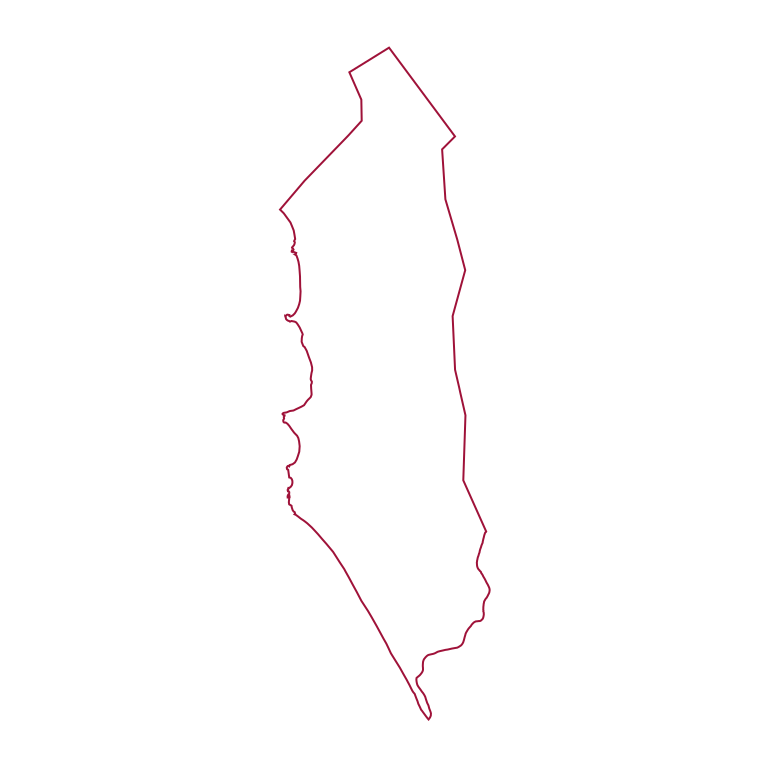 Municipality E, Montevideo, Uruguay, rotated 89°
{"feature_id": "84410073B72296027070885", "entity_name": "Municipality E", "entity_type": "district", "adm_level": 2, "iso_a3": "URY", "parent_name": "Uruguay", "parent_adm1": "Montevideo", "projection": "robinson", "projection_center": [-56.066, -34.884], "detail": "fine", "context": "isolated", "style": "outline", "palette": "rose", "viewbox_px": 768, "rotation_deg": 89, "n_neighbors": 0, "source": "geoboundaries", "source_scale": "gbopen_adm2", "svg_char_len": 5537}
<svg xmlns="http://www.w3.org/2000/svg" viewBox="0 0 768 768"><g transform="rotate(89 384 384)"><path d="M533.3,284.4L481.7,306.4L416.7,303.1L393.9,307.9L388.8,308.9L371.0,312.7L317.3,314.2L271.6,300.8L241.0,308.2L200.4,319.4L150.4,321.8L137.7,308.7L47.8,373.1L54.5,384.3L71.7,413.2L99.3,401.7L120.4,401.7L134.9,415.3L179.3,459.8L207.8,484.9L208.5,484.2L211.6,481.2L215.9,478.2L220.9,474.7L225.2,473.0L228.9,471.6L233.2,470.9L237.5,470.3L238.2,470.7L239.6,471.4L240.1,471.0L240.7,470.7L242.3,471.0L243.5,471.5L244.8,472.6L245.9,473.6L246.3,473.5L247.1,472.6L248.1,472.1L248.9,472.7L249.4,473.2L249.1,473.8L250.1,474.0L250.5,473.4L250.0,472.6L250.5,471.8L251.4,469.5L252.2,469.8L252.9,470.1L253.0,470.7L254.0,469.3L256.9,468.3L260.2,467.4L264.6,466.7L264.9,466.7L269.3,466.4L275.0,466.1L280.6,466.1L285.6,466.1L289.9,465.8L295.5,466.2L299.2,466.5L302.7,467.4L306.3,468.7L309.0,470.2L310.4,471.0L311.9,472.0L313.8,474.0L315.0,476.5L314.3,477.5L313.4,477.4L313.0,479.2L313.1,479.8L313.5,480.3L314.2,480.9L314.0,481.6L314.9,481.5L316.0,481.0L317.1,480.9L317.9,480.3L318.3,479.9L319.1,478.7L319.3,477.9L320.0,476.9L319.4,475.5L319.7,474.0L320.1,472.2L320.9,470.7L322.5,469.5L324.4,468.3L326.1,467.3L330.2,465.5L331.7,464.8L333.1,464.4L334.6,465.0L336.9,465.4L340.4,465.6L343.7,464.4L344.7,464.0L345.7,462.7L349.5,460.7L355.9,458.6L361.2,456.7L366.0,455.6L369.1,455.6L371.8,456.3L375.3,456.9L377.8,457.2L379.2,456.8L380.2,456.1L381.8,456.2L383.7,457.0L387.3,456.9L392.0,456.6L393.5,456.6L395.8,457.5L397.1,458.8L398.3,460.1L398.6,460.4L400.1,461.7L403.8,464.3L405.2,466.9L406.4,469.5L407.6,472.2L408.9,474.9L409.4,478.7L410.7,481.9L411.1,484.7L411.5,485.5L412.1,486.0L412.5,485.9L413.1,485.2L413.6,484.7L413.5,484.0L414.0,483.9L414.5,484.2L415.3,484.8L416.0,484.6L416.9,484.5L417.9,485.2L419.0,485.4L420.0,485.2L420.6,484.8L420.9,483.8L420.8,483.0L422.1,481.2L423.2,480.3L424.0,479.6L427.5,477.3L431.1,474.7L432.3,473.6L434.2,471.8L436.6,470.6L439.9,469.9L444.7,469.4L450.2,469.9L454.4,471.3L457.9,472.6L460.9,474.4L462.6,476.8L463.2,479.0L463.4,479.7L464.4,480.0L464.7,480.2L464.3,480.6L464.2,481.2L464.3,481.6L464.8,482.1L465.2,482.3L465.6,482.6L466.1,482.7L466.3,482.6L466.5,482.6L467.0,482.5L467.6,482.3L467.8,481.9L467.9,481.5L468.1,481.3L475.8,480.4L476.2,478.9L477.6,477.8L479.3,477.3L479.6,477.3L481.4,477.3L483.4,477.8L485.0,478.9L486.3,480.5L486.2,481.4L486.9,481.7L487.7,481.6L488.3,482.2L489.6,481.9L489.6,481.2L490.5,480.6L492.9,480.8L492.8,481.5L493.5,482.0L494.2,482.2L494.4,481.6L493.4,480.8L493.7,480.6L494.9,480.4L495.3,480.4L495.2,482.3L495.8,482.3L495.9,481.0L496.4,480.7L497.8,480.9L500.6,481.2L502.7,480.9L503.8,479.0L504.3,478.5L505.0,478.5L506.0,478.3L508.6,477.5L510.0,476.5L510.5,475.6L512.0,475.1L512.7,475.7L513.3,474.4L514.9,472.3L517.2,469.5L518.9,467.0L520.2,465.3L522.0,463.1L524.1,460.9L526.3,458.6L529.4,455.8L533.0,452.6L538.0,448.5L542.8,444.4L551.0,437.8L561.6,431.3L568.5,426.9L570.5,425.9L576.6,422.6L584.0,418.8L591.8,414.7L600.4,410.4L610.6,404.0L616.8,400.5L626.0,395.5L633.1,391.8L638.5,389.0L643.6,386.2L648.2,384.1L653.4,381.8L660.6,377.5L667.9,373.1L674.1,369.8L680.3,366.4L682.7,365.2L685.4,363.8L688.4,362.4L691.1,361.1L692.7,360.1L694.4,358.7L696.2,358.1L699.0,357.1L701.8,356.0L704.3,355.3L706.4,354.3L708.4,353.4L710.3,352.6L711.4,351.7L712.3,351.1L717.1,347.7L719.5,345.9L720.2,345.3L719.7,344.9L718.2,343.8L716.4,343.0L714.1,342.8L712.3,343.3L709.3,344.4L706.1,345.2L703.6,346.4L699.8,347.6L697.6,348.2L695.9,349.0L693.9,350.2L692.1,351.6L690.1,352.9L688.3,354.2L687.1,355.0L685.7,355.8L684.4,356.2L682.9,356.5L681.5,356.7L680.0,356.8L678.5,356.6L677.7,355.7L676.7,354.4L675.8,353.3L674.9,352.5L673.8,351.6L672.8,350.9L671.6,350.3L670.5,350.0L669.5,350.0L668.4,350.0L667.3,350.1L665.9,350.1L664.5,350.0L662.5,349.8L661.2,349.4L660.0,348.9L659.0,348.1L657.9,347.2L656.5,345.7L655.7,344.4L655.2,342.2L654.7,339.6L654.2,338.0L653.5,336.6L652.7,335.1L652.1,332.9L651.4,329.5L650.9,327.2L650.6,324.9L650.2,323.0L649.7,320.6L649.1,316.8L648.9,315.4L648.3,314.1L647.5,312.8L646.7,311.5L645.7,310.6L644.7,309.9L643.6,309.3L642.4,308.9L641.2,308.5L638.6,307.8L636.4,307.1L634.9,306.7L633.4,305.9L632.3,305.2L631.0,304.4L629.9,303.6L627.3,301.2L626.1,300.5L625.4,299.8L624.8,299.2L624.1,298.5L623.6,297.7L623.2,296.9L622.9,296.1L622.9,295.2L622.8,294.4L622.7,293.3L622.7,292.3L622.3,291.3L621.4,290.3L620.5,289.4L619.4,288.9L618.6,288.7L617.8,288.5L616.6,288.3L615.7,288.2L614.9,288.3L614.1,288.3L612.9,288.7L612.3,288.5L611.4,288.7L610.4,288.6L609.5,288.6L608.2,288.5L606.8,288.3L605.7,288.2L604.6,287.9L603.7,287.8L602.9,287.5L602.2,287.1L601.2,286.5L600.3,285.9L599.5,285.1L599.2,284.9L598.6,284.6L597.8,284.1L596.6,283.5L595.5,282.9L594.4,282.4L593.4,282.2L592.4,282.0L591.3,282.0L590.1,282.2L589.2,282.5L588.3,282.9L587.4,283.3L586.3,283.8L585.3,284.4L584.2,285.0L583.1,285.5L582.0,286.0L580.4,286.8L579.0,287.6L578.0,288.2L577.1,288.5L576.5,288.9L575.9,289.2L574.9,290.0L574.4,290.1L573.4,290.5L572.7,291.3L571.8,291.9L571.2,292.5L570.5,293.0L569.8,293.4L569.0,293.7L568.0,294.0L567.3,294.1L566.4,294.2L565.5,294.2L564.3,294.3L563.2,294.1L562.2,294.0L561.1,293.7L560.1,293.5L558.9,293.2L557.7,292.7L556.5,292.3L555.4,292.0L554.3,291.5L553.3,291.3L552.3,291.1L551.3,290.8L550.4,290.5L549.4,290.1L548.3,289.7L547.2,289.4L546.3,289.0L545.4,288.6L544.8,288.3L544.1,288.1L543.2,288.0L542.5,287.8L541.7,287.6L540.8,287.4L540.1,287.2L539.1,286.9L538.2,286.7L537.1,286.4L536.4,286.2L535.7,285.9L535.0,285.7L534.2,285.3L534.0,284.9L533.3,284.4Z" fill="none" stroke="#9f1239" stroke-width="2"/></g></svg>